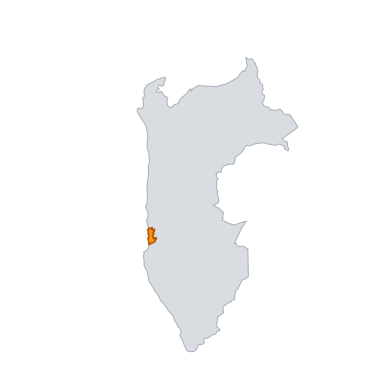 Cañete, Lima, Peru shown in context, rotated 25°
{"feature_id": "86281439B38197042578648", "entity_name": "Cañete", "entity_type": "district", "adm_level": 2, "iso_a3": "PER", "parent_name": "Peru", "parent_adm1": "Lima", "projection": "natural_earth1", "projection_center": [-76.444, -12.8], "detail": "fine", "context": "in_parent", "style": "filled", "palette": "amber", "viewbox_px": 384, "rotation_deg": 25, "n_neighbors": 0, "source": "geoboundaries", "source_scale": "gbopen_adm2", "svg_char_len": 6545}
<svg xmlns="http://www.w3.org/2000/svg" viewBox="0 0 384 384"><g transform="rotate(25 192 192)"><path d="M261.8,112.8L261.7,113.9L260.5,114.4L259.5,113.6L258.0,113.9L255.7,111.4L250.3,111.8L247.9,114.6L244.3,115.2L240.3,116.5L235.9,117.1L228.9,121.6L227.3,123.4L224.1,126.1L221.5,126.9L220.3,135.1L217.7,139.9L216.7,142.5L218.1,146.4L218.1,148.3L216.6,149.9L215.5,150.1L213.1,151.8L209.5,155.4L208.9,158.1L210.0,161.8L209.6,162.2L206.7,162.9L206.8,164.9L206.2,165.7L208.6,168.6L210.0,169.3L210.1,170.1L209.9,170.8L209.3,171.1L209.3,171.8L211.0,174.0L212.4,178.3L214.9,180.4L215.0,181.8L215.7,183.2L217.1,184.3L220.2,188.6L220.3,190.7L217.0,195.3L222.4,195.3L228.4,196.9L229.2,197.6L229.9,199.7L230.0,201.1L231.2,202.2L231.0,204.8L238.9,204.8L244.0,204.2L252.3,196.4L253.6,195.7L252.9,197.4L252.8,198.6L253.2,200.0L252.2,201.9L252.1,220.8L253.6,219.8L255.5,221.6L256.9,221.7L261.4,219.5L266.6,219.9L278.7,244.6L277.6,246.3L277.7,247.6L276.2,248.7L274.6,250.7L274.5,260.5L273.2,263.5L273.9,265.0L274.5,268.2L275.7,270.0L275.9,271.3L275.8,271.7L274.1,272.8L274.0,274.6L270.9,278.1L270.3,280.5L269.2,281.2L269.0,283.9L271.7,288.3L269.9,290.9L268.2,294.8L270.9,302.9L272.0,304.0L273.2,304.0L275.0,304.7L276.0,305.9L273.8,307.4L273.4,308.1L273.5,310.8L271.1,312.8L267.8,317.9L266.9,318.2L265.2,319.7L264.9,320.5L265.2,321.2L266.6,322.7L266.7,324.6L264.3,326.9L262.7,327.1L262.1,327.7L262.7,330.9L262.7,332.3L262.2,334.0L261.0,335.8L257.5,337.7L254.3,338.0L248.9,333.3L247.3,331.4L241.9,327.4L241.1,323.2L239.3,321.2L236.0,319.7L233.4,317.5L231.5,316.5L226.7,311.8L222.2,310.3L214.0,305.4L209.6,303.7L203.9,299.1L200.8,297.8L198.3,295.7L190.9,291.1L189.7,289.6L188.6,287.4L186.9,286.0L185.0,282.9L182.2,281.1L179.6,278.7L176.3,272.2L174.7,270.7L174.6,267.7L173.5,266.4L175.1,265.4L176.2,260.8L175.6,258.5L171.8,252.3L171.1,249.8L168.3,245.0L167.3,242.2L165.1,240.1L164.2,238.3L162.9,237.6L162.9,235.4L162.0,231.2L160.8,229.1L156.3,225.2L155.9,221.0L154.9,218.0L148.8,206.1L145.2,194.7L142.2,188.3L140.9,184.6L140.8,182.6L138.6,179.3L137.4,176.2L132.3,170.2L129.4,163.5L129.0,161.6L127.0,157.9L123.8,153.2L122.2,151.3L112.6,145.4L108.0,141.8L107.5,140.0L107.7,138.9L108.7,137.9L110.1,138.7L110.9,138.4L111.6,137.1L111.6,135.1L110.8,132.6L107.7,127.7L108.5,125.4L105.3,119.7L106.0,114.2L106.7,112.8L111.4,107.2L112.7,104.8L114.7,103.3L116.7,101.0L119.2,99.3L119.9,99.9L120.6,102.9L120.5,104.9L121.2,107.1L119.5,109.1L117.7,108.7L116.9,109.2L116.7,110.2L117.0,111.7L117.4,112.3L118.8,112.4L117.0,115.3L117.1,115.9L118.4,116.4L119.7,115.7L121.0,114.0L121.8,113.8L126.5,116.6L128.7,116.3L130.4,117.6L130.6,119.7L132.9,123.8L136.4,124.8L137.0,124.5L137.8,123.0L138.6,122.7L138.7,120.4L141.8,118.0L142.2,116.4L141.8,115.2L141.9,114.2L143.6,108.8L144.2,108.3L144.7,106.6L145.4,105.5L146.5,99.5L147.3,99.5L148.1,100.9L149.0,100.5L148.5,99.2L148.7,98.7L152.0,93.9L153.1,92.8L169.4,86.2L177.5,79.3L184.6,69.7L186.9,60.1L187.7,60.7L189.1,60.5L188.6,56.6L188.9,54.7L188.9,54.2L186.7,51.8L185.7,49.3L183.8,47.8L183.9,47.3L185.9,47.8L187.8,47.6L189.4,46.0L190.6,46.1L193.3,48.3L195.2,48.5L195.9,50.1L197.8,51.2L200.5,54.6L201.7,58.2L201.7,58.9L202.9,60.8L205.5,61.7L208.2,64.4L210.9,65.2L212.1,67.7L212.9,68.4L213.2,69.8L212.8,71.4L213.2,72.3L215.2,73.7L217.0,73.8L217.3,74.5L218.3,78.5L217.7,80.5L217.9,81.6L220.2,82.6L220.8,83.5L222.6,83.6L225.2,82.8L228.4,84.0L230.8,83.6L231.9,83.3L233.1,82.4L234.0,82.4L236.5,79.8L237.2,79.6L239.9,80.8L242.1,82.5L244.9,82.2L246.0,81.1L248.0,80.5L251.6,82.6L252.4,83.7L253.4,83.9L257.3,86.0L258.0,86.9L260.0,87.7L260.4,88.4L260.3,89.1L251.2,105.6L254.0,106.9L256.6,106.1L258.0,107.2L259.0,109.9L261.0,111.6L261.8,112.8Z" fill="#d9dde1" stroke="#a8b0b8" stroke-width="1"/><path d="M174.0,242.0L173.9,242.0L173.6,242.0L173.5,241.7L173.4,241.7L173.3,241.8L173.2,242.0L173.0,242.3L173.0,242.5L172.9,242.6L172.7,242.8L172.5,243.0L172.4,243.0L172.2,243.1L171.8,243.0L171.8,242.9L171.7,242.8L171.6,242.6L171.5,242.4L171.5,242.2L171.3,242.0L171.4,241.8L171.4,241.7L171.3,241.4L171.2,241.2L170.9,241.1L170.7,241.3L170.6,241.6L170.6,241.8L170.6,242.0L170.4,242.2L170.4,242.3L170.4,242.5L170.2,242.5L170.0,242.4L169.9,242.4L169.6,242.3L169.5,242.5L169.3,242.7L169.2,242.7L168.9,242.9L168.7,242.9L168.6,243.0L168.4,242.9L168.4,243.0L168.4,243.5L168.4,244.0L168.2,244.3L168.1,244.5L167.9,244.6L167.9,244.8L168.0,244.9L168.4,245.2L168.7,245.4L168.6,245.5L168.8,245.5L169.0,245.8L169.1,246.0L169.3,246.3L169.3,246.5L169.5,246.6L169.5,246.8L169.5,247.0L169.7,247.4L169.7,247.5L169.8,247.6L169.7,247.6L169.7,247.8L169.8,247.8L170.0,248.0L170.0,248.3L170.0,248.5L170.3,248.8L170.4,249.0L170.5,249.1L170.7,249.3L170.9,249.4L171.0,249.6L171.2,249.8L171.3,249.9L171.5,250.0L171.6,250.3L171.6,250.5L171.7,250.8L171.7,251.0L171.7,251.3L171.8,251.3L171.8,251.5L171.7,251.6L171.8,251.7L171.7,251.8L171.7,252.0L171.8,252.1L171.8,252.3L171.9,252.5L172.0,252.6L172.1,252.8L172.1,253.0L172.1,253.3L172.4,253.6L172.8,254.0L173.2,254.7L173.3,254.8L173.5,255.1L173.7,255.4L173.8,255.6L174.0,255.8L174.4,256.4L174.8,256.9L174.9,257.1L175.2,257.5L175.3,257.7L175.5,257.6L175.8,257.5L175.9,257.4L176.1,257.0L176.1,256.7L176.3,256.5L176.4,256.3L176.4,256.2L176.5,256.2L176.6,255.6L176.8,255.5L177.0,255.4L177.2,255.1L177.3,255.0L177.4,254.9L177.5,254.9L177.6,254.7L177.8,254.6L178.0,254.4L178.2,254.2L178.3,254.1L178.5,253.9L178.6,253.7L178.8,253.5L179.1,253.2L179.2,252.9L179.2,252.7L179.2,252.3L179.3,252.1L179.2,251.9L179.1,251.7L179.1,251.4L178.9,251.4L178.6,251.3L178.8,251.1L178.8,250.9L178.7,250.6L178.6,250.3L178.6,250.2L178.8,250.1L179.0,250.0L179.3,250.1L179.5,249.7L179.5,249.4L179.2,249.2L178.9,249.1L178.9,248.9L178.8,248.7L178.7,248.7L178.7,248.8L178.6,249.0L178.4,249.2L178.2,249.1L177.9,249.2L177.9,249.3L177.7,249.3L177.6,249.2L177.5,249.3L177.4,249.3L177.2,249.4L177.0,249.2L176.9,249.2L176.8,249.3L176.7,249.4L176.7,249.6L176.6,249.8L176.6,250.0L176.4,250.1L176.2,250.1L176.1,249.9L176.0,249.7L175.9,249.5L175.7,249.4L175.5,249.2L175.4,249.2L175.4,248.9L175.3,248.7L175.2,248.6L174.8,248.6L174.7,248.5L174.7,248.4L174.6,248.2L174.7,247.8L174.7,247.6L174.8,247.6L174.8,247.4L174.7,247.2L174.8,247.1L175.0,246.9L175.1,246.7L175.2,246.3L175.2,246.1L175.0,245.9L174.9,245.9L174.8,246.0L174.7,245.9L174.7,245.7L174.5,245.4L174.4,245.4L174.3,245.2L174.2,245.1L173.8,245.1L173.7,245.1L173.8,245.0L173.9,244.9L173.9,244.7L174.0,244.6L174.0,244.4L174.1,244.2L174.1,243.9L174.2,243.7L174.3,243.7L174.4,243.4L174.1,243.3L174.1,243.2L174.0,242.9L174.0,242.7L174.0,242.4L174.0,242.1L174.0,242.0Z" fill="#f59e0b" stroke="#b45309" stroke-width="1.5"/></g></svg>